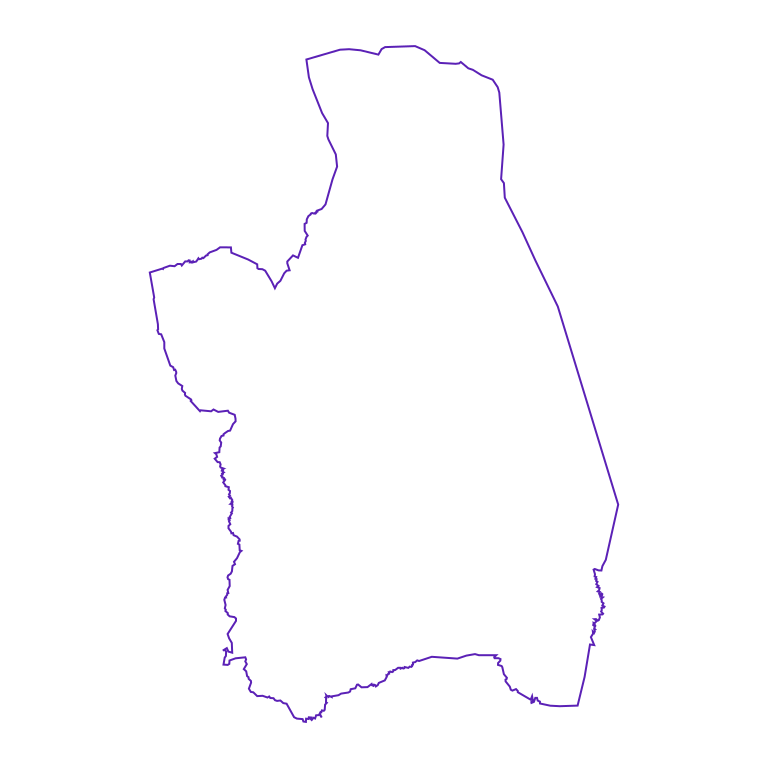 Nueva Ecija, Nueva Ecija, Philippines
{"feature_id": "2640588B46982966730152", "entity_name": "Nueva Ecija", "entity_type": "district", "adm_level": 2, "iso_a3": "PHL", "parent_name": "Philippines", "parent_adm1": "Nueva Ecija", "projection": "robinson", "projection_center": [120.823, 15.657], "detail": "fine", "context": "isolated", "style": "outline", "palette": "violet", "viewbox_px": 768, "rotation_deg": 0, "n_neighbors": 0, "source": "geoboundaries", "source_scale": "gbopen_adm2", "svg_char_len": 6082}
<svg xmlns="http://www.w3.org/2000/svg" viewBox="0 0 768 768"><path d="M618.2,504.6L557.8,306.5L535.4,260.5L522.5,232.3L504.8,197.7L503.9,183.1L501.1,179.2L503.6,144.6L499.3,92.6L497.7,87.2L492.7,79.7L481.6,75.3L472.8,69.8L468.3,68.3L460.8,62.0L459.1,63.4L455.7,63.8L439.7,62.9L424.6,50.2L415.1,46.1L385.1,47.1L381.6,49.1L378.4,54.6L360.6,50.3L349.1,49.2L340.0,49.7L306.4,59.5L308.9,77.3L312.6,89.2L322.1,113.1L328.0,123.1L327.3,135.9L328.4,139.4L335.8,154.4L337.1,166.6L332.5,179.4L325.5,204.4L321.6,209.0L317.2,210.6L317.4,211.4L316.5,211.5L316.6,212.4L315.7,213.4L315.2,212.8L314.2,213.6L312.1,213.0L310.8,213.6L310.7,214.4L308.4,216.1L306.8,219.3L306.6,222.8L304.6,223.9L304.7,230.9L307.7,235.6L306.5,236.9L305.5,239.5L305.8,240.9L304.9,242.7L305.2,244.3L302.4,245.2L298.0,257.8L293.0,255.4L287.3,261.5L287.3,263.3L289.6,270.3L286.6,270.7L284.2,273.3L280.4,280.8L277.2,283.6L274.9,288.2L271.6,281.3L265.2,270.7L262.4,269.2L258.6,269.0L257.4,268.2L257.2,264.3L248.1,259.5L231.4,252.7L230.9,247.4L220.1,247.3L216.5,249.9L209.7,252.4L207.6,254.3L207.6,255.2L206.1,255.5L203.4,258.1L202.3,257.7L201.5,258.7L199.0,259.2L198.4,258.3L196.3,261.5L193.5,262.2L193.1,261.4L192.3,262.5L191.6,262.5L191.7,261.7L189.7,262.3L189.7,260.5L188.6,260.3L187.5,261.4L185.2,261.4L181.8,265.5L180.9,264.0L177.5,264.0L174.6,266.2L169.9,265.7L163.5,268.0L163.0,269.0L162.3,268.6L149.8,272.5L154.2,297.5L153.6,299.2L157.9,324.2L158.1,329.3L157.4,330.2L158.8,333.9L161.2,334.3L164.3,342.1L164.3,348.5L170.3,365.6L173.2,367.2L174.1,370.0L175.2,369.7L176.1,371.6L176.3,373.0L175.3,375.6L176.4,381.0L178.2,383.4L182.3,386.0L181.8,388.9L182.4,390.6L185.1,392.9L184.9,394.6L185.5,395.8L191.0,399.4L191.4,400.2L190.7,401.0L200.0,411.2L200.6,410.3L211.1,411.3L213.5,409.5L218.2,411.9L227.9,410.7L229.1,412.7L234.7,414.8L235.5,418.6L235.6,421.3L233.0,424.1L230.1,430.6L228.0,431.0L224.8,433.2L223.5,434.3L223.5,435.5L221.5,436.0L220.0,438.6L219.7,440.4L221.2,442.6L220.7,446.4L219.6,447.5L219.3,452.2L215.0,453.1L216.3,454.2L217.1,456.9L214.7,458.7L217.6,462.1L219.7,462.2L220.6,464.4L220.1,466.4L220.6,467.5L223.2,468.4L222.5,468.6L221.9,470.3L223.0,470.3L222.5,471.3L223.7,472.3L222.9,472.6L223.0,473.5L222.1,473.7L222.5,474.7L221.2,475.7L222.0,477.1L222.6,476.2L222.4,477.4L223.8,478.0L223.6,479.5L224.2,479.7L224.6,478.9L225.2,479.8L223.2,482.4L225.4,485.3L225.4,486.2L228.8,487.2L228.5,489.8L230.0,491.0L229.8,493.3L229.0,494.3L230.1,495.9L228.8,496.7L230.1,498.4L231.0,498.0L232.3,500.1L231.7,501.5L232.4,501.9L230.7,503.7L232.1,503.6L231.7,504.6L232.4,504.9L232.1,506.5L232.9,507.6L232.4,508.2L232.3,511.0L231.1,512.6L231.9,513.3L229.7,516.9L230.3,518.2L229.5,518.8L228.6,518.4L228.6,519.7L229.6,520.4L229.0,521.4L230.3,524.2L228.5,525.9L228.5,528.3L231.0,531.7L231.4,533.3L233.0,533.0L233.6,535.2L237.0,536.6L239.6,539.4L239.7,540.7L238.6,540.9L237.9,543.8L239.4,544.6L239.7,550.2L241.4,550.9L239.9,552.1L237.0,558.2L234.0,561.8L235.0,564.2L232.5,565.9L231.9,571.4L230.7,573.7L228.1,575.5L227.5,577.3L228.1,579.1L229.5,579.8L229.7,586.1L227.6,589.9L228.3,593.1L227.2,593.3L227.2,594.8L225.7,596.8L226.0,597.5L225.0,597.7L224.3,599.8L225.6,605.0L224.8,608.3L225.8,609.8L225.4,611.0L227.8,613.1L227.7,614.5L229.6,616.3L234.4,617.1L236.0,618.5L236.0,620.9L227.6,634.0L229.1,638.3L231.8,642.9L232.2,652.7L228.4,651.6L226.8,648.1L222.8,650.6L224.6,649.7L226.1,651.6L225.9,656.0L224.7,657.6L223.5,664.6L227.7,664.9L229.3,663.9L229.5,660.5L235.6,658.3L245.3,657.3L246.1,659.4L245.3,661.4L246.8,664.1L243.8,669.1L246.2,671.3L247.1,676.1L248.5,677.2L248.7,678.9L250.9,680.9L251.1,682.6L248.9,688.7L250.8,691.9L253.3,692.3L257.2,696.1L262.6,695.8L267.5,697.5L269.2,696.5L270.3,698.0L273.5,698.2L275.0,700.2L277.1,700.9L280.4,700.5L283.3,703.1L286.6,703.7L294.1,717.2L296.9,718.6L302.6,719.1L303.4,721.5L305.9,721.9L306.1,718.7L308.5,719.0L308.8,717.3L311.2,717.5L310.5,718.8L311.7,720.0L313.5,717.8L315.1,718.5L316.1,715.3L318.6,715.1L319.5,714.2L321.7,717.5L319.7,713.6L320.5,712.1L321.3,712.3L321.9,710.4L323.8,710.8L324.7,709.8L325.1,704.6L326.8,702.8L326.0,702.3L326.1,697.8L325.5,697.4L326.6,696.4L326.3,695.3L327.3,696.3L328.6,696.1L328.6,696.9L329.8,696.2L331.6,697.0L331.5,696.4L338.5,695.2L341.1,693.6L348.4,692.5L350.1,691.5L350.7,689.2L355.3,688.3L357.0,684.7L358.1,684.5L361.5,687.3L367.5,687.1L371.6,684.0L371.9,685.0L372.9,684.8L372.7,685.5L373.5,685.9L374.5,684.9L375.4,685.2L375.9,686.4L377.7,685.2L378.8,682.9L384.8,680.4L386.6,677.1L386.5,675.3L387.2,675.6L387.8,674.2L389.1,673.7L388.8,672.2L389.8,672.2L390.2,671.5L392.1,672.1L393.2,671.5L393.3,670.1L395.2,670.0L398.1,667.8L400.4,667.8L400.6,668.6L402.3,667.8L403.2,668.5L404.3,668.2L404.6,667.0L408.3,667.9L409.7,666.6L411.3,666.9L412.1,666.2L412.0,665.1L413.0,664.6L412.9,662.6L415.2,662.1L417.2,660.4L419.1,661.0L431.8,656.8L457.4,658.6L466.4,655.6L475.0,654.1L478.9,655.2L496.2,655.2L494.2,657.2L494.6,658.2L498.5,658.2L500.5,659.1L500.3,660.7L498.1,663.0L498.0,664.9L501.6,666.0L502.3,667.2L503.9,674.2L506.9,677.8L506.6,679.0L505.5,679.6L505.6,681.4L509.8,686.6L510.8,689.7L512.4,690.6L516.0,689.1L517.8,691.0L517.8,692.2L530.7,699.7L532.1,696.2L532.9,700.8L531.3,702.0L531.5,702.9L533.9,701.9L535.3,697.9L537.0,697.9L537.7,700.6L539.9,701.6L540.0,703.5L550.3,705.7L559.8,706.2L577.6,705.6L584.6,676.9L590.0,644.5L594.2,645.1L590.9,637.1L593.1,633.6L592.9,631.8L594.0,633.1L594.8,631.5L594.3,629.7L595.2,629.4L594.2,628.3L595.0,626.5L593.2,625.1L593.4,624.2L594.7,624.6L593.8,622.8L594.8,623.0L596.8,620.9L594.5,619.2L596.0,619.1L597.9,620.6L598.8,620.1L599.9,617.4L599.2,614.6L602.5,614.4L603.1,613.7L601.1,611.5L601.8,610.1L601.5,608.0L604.0,607.5L604.5,606.6L602.3,605.6L603.5,603.3L601.7,601.9L601.7,600.0L601.0,598.9L602.9,597.3L600.2,596.7L600.3,595.9L602.1,595.1L602.3,594.1L601.6,593.5L600.4,595.0L599.7,594.9L599.1,593.6L599.9,592.0L597.8,591.4L599.1,590.1L599.6,588.1L597.1,587.1L598.5,585.9L596.3,584.2L597.5,581.8L596.1,580.9L596.6,579.2L595.4,578.8L596.2,577.0L594.6,576.4L595.0,574.2L593.6,569.6L594.7,569.0L598.6,570.4L601.4,570.5L602.4,566.1L605.8,559.8L618.2,504.6Z" fill="none" stroke="#5b21b6" stroke-width="2"/></svg>